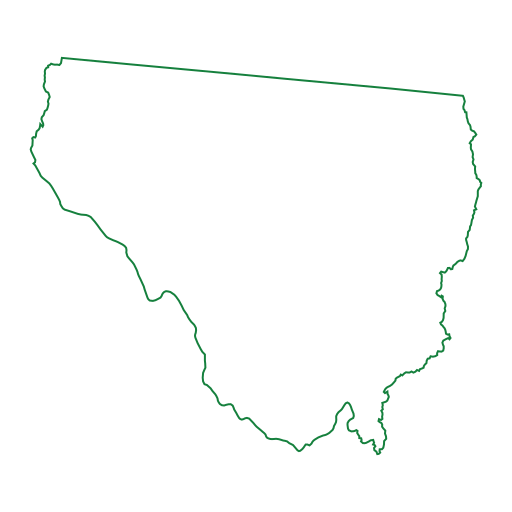 outline of Novo Mundo, Mato Grosso, Brazil
{"feature_id": "56859067B63599343869059", "entity_name": "Novo Mundo", "entity_type": "district", "adm_level": 2, "iso_a3": "BRA", "parent_name": "Brazil", "parent_adm1": "Mato Grosso", "projection": "robinson", "projection_center": [-55.354, -9.812], "detail": "fine", "context": "isolated", "style": "outline", "palette": "green", "viewbox_px": 512, "rotation_deg": 0, "n_neighbors": 0, "source": "geoboundaries", "source_scale": "gbopen_adm2", "svg_char_len": 6009}
<svg xmlns="http://www.w3.org/2000/svg" viewBox="0 0 512 512"><path d="M61.9,57.9L61.0,63.1L59.4,65.0L57.2,64.6L54.8,64.7L53.1,64.4L51.1,63.7L50.1,64.8L48.1,65.7L48.2,67.3L46.5,67.8L45.1,69.9L44.8,71.5L45.0,73.7L44.6,75.7L44.9,77.3L44.7,79.7L45.0,81.5L43.9,84.3L43.6,86.3L44.3,88.3L45.9,91.5L48.2,92.6L49.1,94.9L49.7,97.0L48.4,99.6L47.9,101.6L48.5,103.7L48.2,105.4L47.6,107.7L46.9,109.7L44.8,111.1L44.3,113.0L43.6,115.2L41.8,117.2L41.4,119.1L42.0,121.0L43.1,123.5L43.3,125.2L42.6,126.7L40.3,124.1L40.1,125.8L39.6,128.2L38.6,129.7L36.7,131.3L36.1,133.8L35.9,136.1L35.2,137.5L33.4,137.1L32.2,138.3L32.7,140.1L32.4,145.5L31.1,147.9L30.7,149.4L31.3,151.5L33.0,155.1L33.8,156.8L35.4,160.0L35.0,162.3L33.5,163.5L35.3,165.5L39.4,172.9L40.7,175.8L42.3,177.6L46.7,181.2L49.3,183.4L51.1,185.8L52.8,188.5L57.8,197.3L59.2,199.9L60.0,201.8L60.3,204.1L61.4,206.1L62.8,208.3L64.6,209.6L70.4,211.4L77.9,213.9L81.2,214.6L86.2,215.0L88.5,215.8L90.7,217.0L94.8,221.7L97.5,225.2L100.5,229.4L105.6,235.8L107.0,237.2L108.9,238.3L113.1,240.2L115.8,241.2L117.9,242.1L122.5,244.5L123.8,245.4L124.9,246.3L126.1,247.8L126.5,250.1L126.3,252.5L127.4,256.3L128.9,258.2L132.6,262.5L134.0,264.4L136.6,269.7L137.5,272.0L138.0,273.9L138.8,275.9L140.4,279.1L143.8,286.5L144.6,289.4L147.5,297.7L148.3,299.2L149.7,300.5L151.1,300.7L152.9,300.9L155.5,300.2L158.1,298.9L160.5,297.6L161.7,295.8L162.2,294.4L163.2,292.9L164.3,291.9L166.0,291.2L167.9,291.4L170.4,292.0L174.3,294.7L176.1,296.7L179.0,300.8L181.6,305.6L183.7,310.0L187.2,315.1L188.0,317.1L189.3,319.2L191.2,321.8L194.1,324.7L195.0,326.2L195.9,328.0L196.1,330.2L195.7,332.9L195.2,334.3L195.0,335.9L195.4,337.7L197.6,343.1L200.7,349.1L202.3,351.8L204.9,354.5L204.9,360.7L205.2,363.4L205.4,367.7L204.3,370.0L203.1,372.9L202.7,377.7L203.1,381.4L204.5,384.2L206.9,385.0L210.6,388.3L212.4,390.9L215.4,394.4L216.4,396.1L217.5,398.4L217.9,400.7L218.7,402.3L219.8,403.9L221.8,405.2L224.1,405.5L225.9,404.9L228.4,404.3L230.7,404.2L232.7,405.6L233.6,407.7L234.2,409.5L236.3,413.0L237.6,415.5L239.2,418.1L240.2,419.0L241.8,419.6L243.5,419.1L245.1,418.3L246.9,417.9L249.2,418.6L253.4,423.0L255.2,425.2L256.6,426.7L261.4,430.7L262.5,431.7L264.1,433.0L265.5,434.5L266.2,436.6L267.3,437.9L268.7,438.5L270.4,439.0L272.0,439.1L273.9,439.0L276.1,438.8L277.5,439.0L278.9,439.2L281.3,439.9L283.1,440.5L284.9,440.8L287.1,441.4L289.3,443.2L291.4,444.2L293.1,445.1L297.5,450.3L298.9,451.1L300.2,450.8L302.3,449.1L303.8,447.3L304.7,445.9L305.7,444.5L307.4,444.5L309.5,445.4L311.5,443.6L312.4,441.9L313.5,440.6L314.8,439.6L318.4,437.4L323.1,435.5L324.9,435.1L326.1,434.7L327.5,434.0L329.3,432.9L332.6,429.9L333.5,428.2L334.0,426.0L335.2,423.9L336.0,422.1L336.3,419.9L336.2,417.8L336.2,416.2L337.1,414.1L338.5,412.2L340.9,410.2L342.0,409.0L344.4,405.1L345.7,403.3L347.4,402.5L349.0,403.4L350.1,405.0L351.0,407.0L351.8,409.5L353.5,413.6L353.8,416.0L353.2,418.0L350.1,419.7L348.6,421.2L347.6,423.0L347.5,424.8L348.0,428.6L348.9,430.3L351.4,431.4L353.6,431.2L355.0,430.8L356.3,430.1L357.5,430.9L357.2,433.0L358.1,434.5L359.3,436.2L359.3,438.1L361.2,438.3L361.6,440.1L361.0,441.4L362.9,443.1L364.6,443.2L366.0,442.9L368.8,441.5L370.7,440.3L373.2,439.9L373.6,441.4L374.1,442.7L373.1,444.5L374.5,444.9L375.4,446.2L374.0,448.0L374.4,450.2L376.4,451.6L377.3,454.1L378.7,453.9L380.2,452.6L379.5,451.1L379.7,449.3L382.0,449.2L383.3,447.7L384.0,444.4L384.1,441.1L386.2,438.8L386.0,436.3L385.0,433.5L385.3,430.6L383.3,428.4L382.1,426.7L382.2,424.5L381.4,423.0L379.7,422.1L378.5,421.1L379.0,419.1L381.0,420.0L382.4,418.9L382.1,416.6L382.5,414.7L382.4,412.8L381.3,410.7L382.8,409.3L382.3,407.0L382.8,405.2L382.3,402.9L385.9,401.7L387.3,400.6L388.8,396.9L388.4,395.4L387.6,394.1L387.4,391.6L385.0,393.1L383.8,391.9L385.2,389.2L386.6,387.7L388.3,386.7L389.7,386.1L391.9,384.6L394.0,382.3L395.4,380.6L395.7,378.7L397.0,377.6L399.9,376.1L400.8,374.6L402.3,375.4L404.4,373.3L406.0,372.3L407.8,372.5L409.7,372.5L411.5,371.5L413.4,372.6L415.4,371.7L417.0,370.0L419.1,370.9L419.9,369.2L421.9,368.5L423.6,367.7L423.8,366.2L424.8,364.6L426.4,363.2L426.7,360.7L427.7,358.7L429.6,358.4L430.6,356.3L432.9,356.7L435.3,356.2L437.2,355.1L437.1,353.2L438.0,351.2L439.8,351.5L441.6,351.6L443.2,350.6L443.7,348.4L443.7,346.2L443.0,344.8L442.4,342.6L443.3,340.6L445.8,339.2L448.2,338.1L449.5,339.3L450.5,338.0L449.5,336.1L449.2,334.3L447.6,334.6L446.0,333.7L445.7,331.6L445.3,329.9L444.6,328.3L443.5,327.0L442.5,325.6L441.0,324.4L440.3,322.7L441.9,321.8L443.0,320.1L443.6,317.9L443.7,313.4L445.3,311.0L444.7,308.4L445.5,306.0L445.4,304.1L444.5,301.8L443.5,300.9L442.6,298.9L442.8,296.4L441.6,295.7L441.0,297.2L439.1,295.9L437.6,295.1L436.4,293.3L437.0,291.1L438.6,290.6L440.2,289.4L441.1,287.8L441.4,286.2L441.5,284.6L441.1,283.1L441.8,281.0L441.6,279.1L441.8,276.9L441.6,274.6L440.0,273.1L441.2,271.6L443.1,272.2L444.8,272.6L446.2,271.3L447.2,269.6L447.9,268.0L449.5,267.9L450.9,269.3L452.3,269.0L452.7,267.2L453.4,265.5L454.7,264.6L456.0,263.5L457.4,261.9L459.4,260.7L460.7,260.4L462.6,261.1L464.4,258.8L465.6,255.9L466.8,251.1L467.9,249.1L468.0,246.6L467.2,244.1L466.8,242.3L466.1,239.9L466.1,238.4L467.4,236.9L467.8,235.3L468.0,231.9L469.7,229.9L470.1,226.4L471.0,225.1L471.3,223.6L471.9,220.0L473.1,217.7L472.8,215.6L474.0,213.7L474.4,212.3L474.0,210.3L476.3,209.3L474.9,206.5L475.5,204.1L476.0,202.5L476.4,200.8L477.8,196.2L477.8,191.1L478.4,189.5L479.4,188.1L480.9,186.2L480.8,184.6L481.3,182.9L480.1,181.8L479.8,180.3L478.5,179.1L476.7,178.1L476.6,176.1L476.2,174.6L475.3,173.3L475.2,171.3L475.0,169.6L475.0,168.0L475.2,166.5L473.1,164.0L472.7,162.0L473.5,159.4L472.6,157.1L473.0,154.3L472.4,151.5L471.0,149.3L470.8,147.7L471.0,144.3L469.7,143.2L470.9,141.2L472.7,139.6L473.5,136.9L474.8,136.4L476.3,134.6L475.3,133.0L474.0,131.3L472.2,130.7L470.8,129.5L470.5,126.7L470.0,125.1L468.5,123.3L467.8,121.3L467.4,119.1L466.8,117.6L466.4,112.3L465.1,112.2L464.5,110.1L463.5,108.9L463.3,106.6L464.8,101.4L464.3,99.8L463.7,97.6L462.9,95.8L390.5,88.5L286.5,78.9L236.1,74.1L130.9,64.4L61.9,57.9Z" fill="none" stroke="#15803d" stroke-width="2"/></svg>